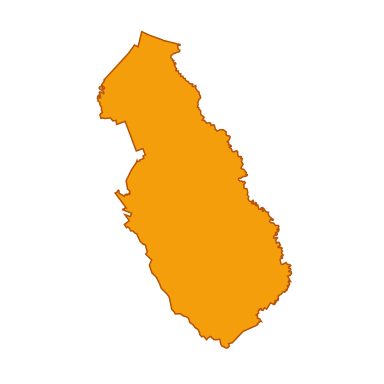 the district of Manawatu District, Manawatu-Wanganui, New Zealand, rotated 111°
{"feature_id": "76426892B10896556014", "entity_name": "Manawatu District", "entity_type": "district", "adm_level": 2, "iso_a3": "NZL", "parent_name": "New Zealand", "parent_adm1": "Manawatu-Wanganui", "projection": "mercator", "projection_center": [175.693, -40.12], "detail": "fine", "context": "isolated", "style": "filled", "palette": "amber", "viewbox_px": 384, "rotation_deg": 111, "n_neighbors": 0, "source": "geoboundaries", "source_scale": "gbopen_adm2", "svg_char_len": 5954}
<svg xmlns="http://www.w3.org/2000/svg" viewBox="0 0 384 384"><g transform="rotate(111 192 192)"><path d="M322.5,102.0L320.3,103.4L318.4,100.4L303.8,94.3L293.0,83.6L292.2,83.7L291.9,83.2L291.3,83.6L289.6,82.5L289.0,82.8L288.7,82.1L287.8,82.1L287.9,81.1L286.2,83.3L286.2,85.7L283.7,86.6L283.7,87.9L281.2,86.4L279.3,87.5L278.0,86.7L277.5,87.0L277.1,86.1L276.5,86.4L276.2,85.9L276.7,85.8L276.7,85.3L277.3,84.9L277.1,83.3L274.1,82.8L274.6,80.3L267.2,79.0L267.8,75.2L267.2,74.6L266.4,75.4L265.8,74.8L265.8,74.3L265.2,74.1L264.9,75.2L264.2,75.7L263.3,74.7L263.5,73.9L262.5,73.0L262.1,73.7L261.2,73.0L260.7,73.1L260.8,73.5L260.2,73.3L259.0,74.0L258.4,73.8L257.8,74.2L255.6,72.2L252.3,71.1L252.0,70.5L252.4,69.9L252.1,69.4L250.8,69.2L250.7,68.8L249.7,68.2L249.2,68.2L249.2,68.7L248.8,68.3L246.9,68.2L246.6,68.5L246.3,68.2L246.0,68.6L246.0,68.2L245.5,68.1L245.2,68.8L244.7,68.1L244.1,68.5L243.8,68.0L242.7,68.0L241.8,68.7L241.8,69.4L241.2,70.0L240.9,69.8L241.1,68.9L240.2,69.4L240.1,68.1L236.2,72.6L235.8,71.7L234.7,70.9L234.6,70.4L233.7,70.6L233.2,70.1L232.2,69.9L231.0,70.7L231.7,72.7L231.3,73.2L230.6,73.1L229.6,72.1L228.7,72.0L228.1,73.0L228.2,74.6L227.4,75.1L225.8,73.5L225.3,73.5L224.7,74.7L225.4,77.1L224.1,79.0L227.5,81.8L227.2,83.1L223.4,85.7L222.3,85.4L221.7,84.0L220.9,84.0L220.4,85.7L220.0,85.7L219.3,85.3L219.1,84.3L218.6,84.2L218.1,84.5L217.0,86.5L216.1,86.8L214.9,86.3L213.8,87.9L212.1,87.7L212.0,88.5L212.4,88.8L211.7,90.3L212.8,90.8L212.8,91.9L212.4,92.1L210.4,90.7L209.4,90.8L209.2,91.5L207.9,92.6L207.8,93.3L209.5,94.9L206.9,96.6L204.2,95.7L204.1,97.0L205.7,98.8L204.8,99.8L203.0,99.5L201.9,97.4L200.9,97.2L200.5,97.4L201.0,98.9L200.2,99.4L199.6,99.1L198.2,97.2L197.7,97.2L197.4,98.4L196.5,99.3L196.1,98.5L196.9,97.6L196.4,97.2L195.4,97.4L195.1,98.7L192.8,98.6L192.3,99.4L193.4,101.9L191.7,104.8L192.3,106.9L192.1,108.6L191.2,109.1L189.9,109.0L189.4,108.6L189.7,107.1L189.5,106.4L188.6,106.2L187.1,111.3L184.4,113.4L183.5,113.4L184.0,116.1L182.3,118.3L184.5,118.7L184.6,119.4L183.0,120.4L181.7,119.4L181.2,120.5L182.0,121.7L183.6,122.0L184.1,123.4L180.6,125.8L180.7,126.5L181.8,127.1L181.5,127.8L181.1,128.2L179.7,127.7L179.1,128.2L179.1,129.0L180.8,129.6L181.4,131.5L181.2,132.5L180.5,132.3L179.9,131.0L178.7,131.1L177.9,132.1L179.3,132.8L180.0,134.7L179.9,135.3L178.5,137.1L176.0,137.4L174.6,139.7L172.8,139.6L169.6,141.6L169.3,142.4L169.8,143.8L169.7,145.2L167.4,145.6L166.5,146.5L165.0,145.6L163.9,145.8L163.4,147.0L164.5,148.3L163.9,149.4L164.7,151.0L163.9,152.8L163.1,153.3L162.3,153.2L161.8,151.5L159.1,149.7L158.1,147.5L156.7,146.4L155.9,146.6L156.1,148.2L154.2,148.4L153.8,149.5L152.9,150.5L152.3,152.2L152.6,153.8L152.3,154.7L150.7,154.9L147.8,154.2L146.0,156.7L142.8,157.0L142.6,157.5L143.1,158.4L141.4,158.6L141.5,159.8L142.3,161.0L141.9,161.8L140.0,163.2L138.3,163.5L137.6,164.5L137.8,165.7L139.3,167.0L139.7,168.4L139.3,169.5L138.2,170.1L137.4,171.2L137.0,173.2L136.0,173.3L135.4,171.7L134.9,172.0L134.4,173.0L134.8,174.7L132.5,175.5L132.3,176.3L132.8,177.0L132.5,177.3L130.2,176.1L128.3,175.9L126.6,176.3L126.3,177.2L126.8,180.0L125.0,181.3L123.7,181.5L122.7,185.0L123.6,187.9L126.2,190.4L125.4,191.4L125.3,192.7L121.6,195.0L121.6,196.3L123.2,198.1L121.5,198.9L121.0,199.7L121.1,200.7L122.5,202.9L120.7,206.1L121.2,207.2L121.2,208.3L118.2,207.4L117.7,207.6L116.6,211.6L113.0,213.1L112.2,215.2L110.9,215.9L111.0,217.4L108.5,217.4L106.2,218.7L103.0,218.6L101.7,217.8L100.5,217.9L99.0,219.0L98.4,220.1L96.2,221.2L95.8,222.9L94.2,225.4L93.3,226.1L91.7,226.2L91.4,227.3L92.8,228.0L93.3,229.5L92.8,229.9L91.1,229.8L91.0,230.9L91.7,232.3L91.4,233.7L90.2,235.2L90.4,237.2L89.5,238.5L88.5,239.0L88.8,240.9L87.2,242.1L87.9,244.0L86.8,244.7L85.8,244.7L86.2,246.7L83.9,248.2L83.9,249.0L84.6,250.0L84.5,250.6L82.5,250.5L81.2,252.7L79.8,253.4L79.5,254.1L78.8,254.1L78.2,253.0L77.7,253.3L77.4,253.9L78.0,255.0L77.2,256.0L75.7,256.0L75.6,256.8L76.0,257.5L75.0,258.0L74.2,259.8L73.5,260.2L72.1,260.3L69.3,258.8L68.7,257.6L66.7,255.9L66.3,254.8L65.2,253.9L64.0,254.2L63.5,256.1L60.5,257.9L59.9,257.2L59.5,255.8L58.6,255.9L58.7,257.7L59.4,258.4L59.1,259.1L60.5,271.4L60.9,272.2L60.6,274.4L60.9,287.8L60.3,296.4L75.8,294.4L75.4,298.4L84.8,300.8L119.0,314.3L119.1,313.8L119.7,313.6L124.1,314.8L125.0,313.7L125.8,311.2L127.1,310.9L127.7,311.6L127.7,312.2L125.8,313.6L125.4,314.5L126.6,315.6L128.1,316.0L128.9,315.2L129.6,311.3L131.1,309.7L131.7,309.7L132.1,310.2L131.3,312.5L131.7,314.1L132.6,314.2L133.6,313.0L136.7,311.1L137.5,312.2L135.5,313.0L135.1,313.8L136.4,314.3L138.5,313.9L139.5,312.9L141.0,312.3L141.2,310.4L143.8,309.0L145.3,306.9L147.8,305.9L149.9,304.1L151.6,305.4L153.0,305.6L155.9,303.4L155.0,302.1L154.5,299.3L152.1,294.9L154.0,291.3L152.4,288.6L155.9,286.5L150.0,279.7L173.7,258.7L169.1,253.4L174.2,248.8L175.8,250.6L177.9,249.1L181.1,252.4L181.7,252.0L183.3,253.9L182.4,254.6L184.5,254.5L193.1,256.5L205.2,257.5L212.4,253.2L212.9,251.2L213.1,251.3L214.0,250.0L215.1,250.2L215.6,249.2L216.8,249.5L216.6,251.0L218.0,251.5L217.7,252.4L218.4,252.5L218.2,253.4L220.5,253.8L219.9,255.5L219.3,259.5L216.9,260.7L216.7,261.2L217.4,261.8L219.2,262.0L220.5,263.4L230.5,247.6L231.4,249.2L231.9,249.2L232.7,250.3L233.4,250.4L233.5,240.8L237.1,240.8L237.2,246.5L241.3,240.3L246.6,243.5L248.8,240.4L247.5,239.5L248.0,238.2L248.6,236.9L250.3,235.5L249.5,233.1L250.7,230.9L250.8,228.7L256.7,222.7L258.0,219.5L258.3,217.9L258.0,216.6L264.0,212.3L266.6,213.0L269.9,205.3L275.5,205.6L281.9,200.4L284.3,194.8L288.9,189.7L293.0,186.1L296.0,179.2L297.7,176.3L300.0,174.4L308.7,169.0L310.7,165.1L311.9,163.9L309.8,159.3L310.8,156.0L310.5,152.0L310.9,150.5L311.3,149.8L314.5,147.4L315.2,144.7L316.2,142.2L317.2,141.2L317.5,139.6L317.9,139.5L318.0,137.5L318.4,136.8L321.0,134.2L322.2,133.8L323.7,131.1L322.5,129.3L324.7,125.4L322.4,124.7L320.3,123.2L320.3,122.1L320.9,121.7L322.0,118.4L321.4,117.3L321.4,116.5L319.5,113.6L320.0,112.9L323.4,110.8L325.1,108.9L325.4,103.8L324.3,102.5L322.5,102.0Z" fill="#f59e0b" stroke="#b45309" stroke-width="1.5"/></g></svg>